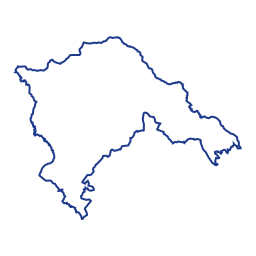 Santuario, Antioquia, Colombia
{"feature_id": "7082276B94557832813539", "entity_name": "Santuario", "entity_type": "district", "adm_level": 2, "iso_a3": "COL", "parent_name": "Colombia", "parent_adm1": "Antioquia", "projection": "albers", "projection_center": [-75.251, 6.114], "detail": "fine", "context": "isolated", "style": "outline", "palette": "blue", "viewbox_px": 256, "rotation_deg": 0, "n_neighbors": 0, "source": "geoboundaries", "source_scale": "gbopen_adm2", "svg_char_len": 5721}
<svg xmlns="http://www.w3.org/2000/svg" viewBox="0 0 256 256"><path d="M137.6,51.3L137.2,50.1L135.6,49.3L133.8,47.8L129.9,46.4L129.5,46.7L128.9,46.2L127.7,46.2L126.1,44.4L124.1,43.9L123.4,42.7L122.3,42.3L121.7,40.6L120.3,38.6L119.6,38.0L118.8,38.0L118.2,37.3L113.3,37.7L112.6,38.0L110.3,37.2L108.7,37.8L105.7,41.1L103.8,41.3L101.2,43.0L98.5,42.4L96.8,43.1L94.3,42.7L91.1,43.4L87.8,43.4L83.8,42.4L82.0,46.8L79.6,49.3L79.6,51.0L80.5,52.8L80.1,54.4L79.5,55.0L71.7,55.0L70.0,55.3L67.7,58.2L66.0,59.1L65.6,60.1L64.7,61.0L62.4,62.4L61.0,62.8L60.4,63.8L55.9,62.5L53.2,61.0L52.5,59.8L51.8,59.7L50.1,60.7L49.8,61.9L48.4,62.8L47.8,64.3L47.8,66.0L47.3,68.1L43.7,70.6L40.5,70.1L37.0,70.9L35.8,70.3L35.6,70.2L32.4,70.2L30.6,69.1L28.0,69.7L27.6,69.2L26.3,68.5L26.3,67.6L25.7,66.8L24.7,66.4L19.1,66.8L17.9,66.4L17.3,67.8L16.0,69.1L15.6,70.4L16.2,71.3L15.4,72.2L16.8,72.4L17.7,72.9L19.1,75.3L19.8,75.6L19.8,76.7L20.4,76.8L20.6,77.3L21.2,77.3L21.4,78.4L20.4,79.3L20.4,80.2L21.1,81.4L22.0,81.4L23.1,80.7L23.6,81.4L24.0,81.4L24.6,80.4L25.2,80.4L26.4,82.8L26.1,84.5L26.9,84.5L27.5,85.0L28.5,84.6L29.1,85.1L29.7,87.2L29.3,93.0L31.5,94.8L31.7,96.2L32.8,96.9L33.3,97.7L34.5,100.8L36.4,101.9L35.3,103.5L34.9,106.3L33.5,108.8L32.8,114.1L31.8,114.4L31.2,117.7L30.5,118.5L30.9,121.2L31.7,122.1L32.6,122.5L32.6,122.9L32.0,123.3L33.0,124.1L33.2,126.1L34.1,126.1L34.8,126.5L34.0,127.2L35.2,128.3L34.1,130.0L34.5,130.5L35.4,130.2L35.6,131.3L35.1,132.5L34.1,132.6L34.1,132.9L34.7,133.3L34.0,134.3L35.1,135.5L35.6,135.3L35.9,134.6L37.3,134.4L37.9,134.9L39.2,135.4L39.9,136.1L41.2,135.6L43.0,137.9L43.6,138.1L43.8,139.2L44.6,139.1L44.1,140.1L44.5,141.1L45.0,141.2L45.3,140.8L45.7,140.7L46.0,141.6L47.0,141.6L47.4,142.7L48.4,143.1L48.8,143.6L48.7,144.9L49.1,145.2L49.7,144.8L50.1,145.2L50.5,146.5L51.5,147.8L51.7,150.0L52.6,150.2L52.6,150.7L53.1,150.9L52.8,151.9L53.6,152.9L53.6,153.9L54.2,155.2L54.3,157.8L53.4,159.4L53.1,161.1L50.5,163.2L47.7,163.9L45.3,165.0L42.8,167.4L41.5,169.8L41.1,171.7L40.1,172.9L39.4,175.5L44.3,179.6L46.4,180.8L50.4,180.5L51.6,181.4L52.9,183.2L55.1,183.9L56.4,186.1L59.2,189.4L58.5,191.0L59.1,191.0L59.7,190.5L60.2,190.7L61.6,189.6L62.2,189.6L61.8,190.6L62.3,191.1L62.0,191.5L63.7,193.3L64.0,195.3L65.2,196.3L63.9,198.4L63.6,199.7L62.5,200.8L62.4,201.4L64.1,203.3L65.0,203.0L66.0,203.3L66.8,202.9L67.0,203.9L69.1,204.3L69.4,204.6L69.2,205.6L69.8,205.8L70.6,207.0L71.0,207.0L71.0,206.2L71.3,206.1L72.2,206.8L73.4,206.9L74.0,207.5L75.2,208.0L75.1,209.5L76.0,210.2L76.0,211.8L76.3,212.4L78.0,212.1L79.3,213.2L81.2,216.1L81.8,218.8L82.6,218.8L82.5,218.4L84.9,216.3L87.0,215.0L86.7,212.8L84.9,208.9L85.0,208.3L90.9,201.0L89.5,199.5L86.1,199.8L81.5,198.4L80.9,196.3L82.3,194.8L82.9,192.6L84.6,191.7L84.1,190.5L83.9,189.3L85.4,189.3L85.5,187.9L86.1,188.7L87.5,188.4L88.4,189.8L89.9,190.6L91.1,190.7L93.9,189.8L93.6,188.2L92.8,187.0L90.8,186.1L88.5,185.7L88.8,183.0L87.8,180.9L85.6,182.6L85.2,183.6L83.0,182.7L82.3,182.0L87.2,175.3L87.7,175.0L89.0,175.1L91.0,174.8L93.2,172.3L93.7,171.2L93.0,169.5L93.2,168.3L94.8,166.7L95.9,164.9L95.8,164.7L97.2,163.7L101.8,158.9L102.7,157.5L103.0,156.0L106.4,155.7L107.4,156.1L107.6,156.8L108.3,156.7L109.8,155.3L110.8,150.5L112.2,149.5L114.1,150.8L117.8,150.1L119.3,149.2L120.1,149.5L120.7,149.2L121.9,146.4L122.3,146.1L128.2,145.5L130.5,141.3L130.4,138.0L131.7,137.9L132.8,136.9L134.1,134.8L134.5,132.7L136.6,131.0L137.6,131.8L138.1,131.1L139.5,131.1L141.9,130.4L143.6,130.6L143.8,130.2L143.9,124.1L143.0,120.8L142.8,118.4L143.7,113.5L144.3,112.7L146.6,112.8L147.9,113.9L149.8,116.4L153.8,117.1L154.8,119.0L154.9,120.7L155.7,122.3L156.5,122.9L157.7,122.9L158.6,123.4L159.5,123.2L160.3,123.5L158.2,126.8L158.2,127.5L157.3,128.9L157.2,129.6L163.7,132.0L163.5,132.9L164.0,134.1L164.9,134.2L165.7,135.2L167.6,136.4L168.8,138.9L169.8,139.5L171.5,141.7L172.6,142.5L172.8,143.3L175.1,141.9L177.0,142.3L178.1,141.5L183.2,142.4L184.2,142.9L184.1,141.8L185.5,141.9L188.0,139.3L190.4,138.6L193.3,139.0L194.3,139.6L194.6,139.2L195.7,139.5L197.5,139.0L200.3,139.9L200.9,140.8L200.5,141.7L200.6,142.5L203.2,149.5L205.8,152.2L208.5,157.3L212.4,162.9L215.5,165.1L216.5,165.2L217.4,164.4L215.6,162.9L215.1,161.7L216.0,158.0L218.6,158.3L219.2,157.8L216.4,154.3L215.1,153.7L215.0,151.9L216.1,151.6L217.3,151.9L217.4,151.3L217.8,151.3L221.0,153.7L221.8,152.6L221.1,152.1L221.2,151.0L221.9,151.0L224.0,149.8L225.0,149.9L226.1,151.1L226.1,151.7L226.7,152.5L227.6,153.1L228.1,151.8L227.9,149.5L229.9,150.1L231.2,146.8L232.8,146.6L233.0,145.7L234.0,144.9L233.9,143.8L234.6,144.7L236.9,146.4L237.5,148.3L239.1,148.5L240.6,148.3L240.2,146.9L238.5,145.6L238.9,144.2L238.8,142.2L238.4,141.3L237.5,140.4L236.9,136.9L233.1,134.1L230.4,133.5L229.2,132.3L226.2,130.6L223.7,128.2L223.1,126.3L221.3,125.5L220.4,123.5L219.9,121.3L217.4,118.7L215.0,117.3L211.8,116.7L210.6,117.0L209.1,118.2L206.4,117.7L204.7,116.4L203.9,116.5L203.0,117.2L202.4,117.3L200.8,116.3L200.7,117.5L200.1,117.0L200.2,114.9L198.9,113.9L198.6,112.6L197.9,112.2L197.5,110.9L196.8,110.8L195.1,111.9L194.2,112.0L192.6,111.5L191.5,110.6L191.8,109.5L190.7,109.4L190.7,108.2L189.7,107.8L189.1,107.0L189.3,106.4L190.2,106.0L190.4,105.1L191.2,104.9L189.6,103.0L188.3,102.5L186.4,100.8L187.0,98.6L186.4,98.0L187.1,97.0L186.9,95.8L187.6,95.0L187.3,94.2L187.6,92.7L184.7,90.2L183.0,88.2L182.7,86.7L183.1,85.7L182.5,85.2L182.6,84.1L181.8,84.1L180.6,82.5L178.4,82.0L177.9,82.0L177.4,82.7L175.8,82.5L175.2,83.0L173.1,83.1L170.4,84.2L169.3,84.3L167.3,83.7L165.9,82.4L164.7,82.2L163.8,81.3L161.3,80.5L160.6,79.3L159.6,79.3L158.4,78.5L156.7,78.1L155.9,77.1L155.3,76.8L155.1,75.1L152.9,72.5L152.1,69.4L150.9,68.6L148.9,68.2L146.6,63.5L143.2,61.5L142.3,60.7L142.2,59.8L142.6,57.0L140.3,54.6L140.3,52.7L138.4,51.3L137.6,51.3Z" fill="none" stroke="#1e3a8a" stroke-width="2"/></svg>